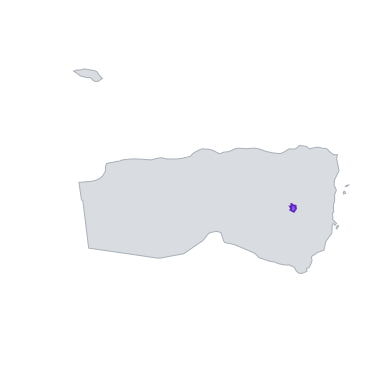 Jihanah, Sana'a, Yemen shown in context, rotated 198°
{"feature_id": "15242507B2838826249504", "entity_name": "Jihanah", "entity_type": "district", "adm_level": 2, "iso_a3": "YEM", "parent_name": "Yemen", "parent_adm1": "Sana'a", "projection": "orthographic", "projection_center": [44.505, 15.192], "detail": "fine", "context": "in_parent", "style": "filled", "palette": "violet", "viewbox_px": 384, "rotation_deg": 198, "n_neighbors": 0, "source": "geoboundaries", "source_scale": "gbopen_adm2", "svg_char_len": 3692}
<svg xmlns="http://www.w3.org/2000/svg" viewBox="0 0 384 384"><g transform="rotate(198 192 192)"><path d="M302.5,166.2L290.3,171.3L287.1,173.5L284.2,176.1L282.1,179.3L280.8,184.9L282.2,189.9L282.1,192.7L279.0,194.6L276.0,196.0L272.8,198.1L270.8,198.6L269.2,200.2L267.3,201.4L260.4,204.5L252.9,206.9L240.8,209.9L236.2,212.9L232.0,215.0L225.5,215.8L216.7,218.7L211.8,221.0L205.7,224.7L204.4,225.8L203.3,228.5L201.5,230.8L197.8,234.6L195.1,236.5L193.2,236.7L189.6,237.8L185.3,238.1L178.1,236.9L176.3,237.8L174.8,239.3L169.3,241.9L163.7,247.1L159.5,248.5L152.9,250.2L148.2,252.3L145.1,253.2L141.0,253.7L133.5,253.5L126.4,254.3L119.8,255.8L116.7,258.6L113.2,262.9L107.4,264.7L106.0,266.2L104.3,269.4L100.5,270.2L97.1,270.7L93.7,269.4L87.1,273.2L84.6,273.8L80.9,274.0L78.2,274.8L76.3,274.5L73.9,273.0L68.9,271.2L65.2,272.4L64.9,268.7L58.8,257.7L60.1,248.0L60.1,246.7L58.9,242.4L55.3,238.4L55.5,233.4L54.3,229.9L53.3,226.2L53.6,225.2L53.7,224.4L51.9,218.7L51.3,217.6L51.1,216.4L51.7,215.5L51.7,214.4L50.7,212.7L49.7,209.4L44.8,206.8L45.8,204.4L46.7,205.2L48.0,205.9L48.3,204.4L48.3,203.2L46.3,195.9L49.5,186.1L48.5,177.4L53.2,173.9L54.4,172.8L55.0,171.9L56.2,169.9L57.6,169.2L58.2,167.1L58.1,166.1L57.2,165.2L56.5,162.7L56.8,159.6L57.0,158.3L57.5,155.9L59.1,155.0L59.5,154.3L58.3,152.8L58.4,151.9L61.2,149.4L62.3,148.7L64.0,147.9L65.4,147.9L67.0,148.4L68.4,149.1L69.8,150.4L71.3,151.8L73.5,152.4L75.1,152.2L76.3,152.9L77.4,152.5L78.6,151.8L80.5,151.8L82.2,151.0L87.1,150.6L91.8,150.9L96.8,150.1L101.7,150.2L106.7,150.2L107.8,150.3L108.9,150.8L113.1,153.0L116.2,153.4L122.6,154.0L129.5,154.6L135.4,155.1L140.4,154.6L144.5,154.1L145.6,154.2L146.9,155.5L149.5,158.9L151.9,162.2L156.0,162.3L158.7,161.0L161.6,159.3L163.3,157.9L165.3,152.6L166.6,149.2L169.6,145.3L172.1,142.1L175.4,137.8L177.2,135.4L180.8,130.7L184.3,128.8L191.0,125.2L197.6,121.6L201.8,119.3L205.5,118.2L211.6,117.2L218.8,116.0L226.0,114.8L233.7,113.5L242.2,112.0L248.1,111.0L255.5,109.7L261.7,108.6L267.2,107.7L272.9,106.7L274.1,109.2L275.3,111.7L276.4,114.3L277.6,116.8L278.8,119.3L280.0,121.9L281.2,124.4L282.4,127.0L283.5,129.5L284.7,132.0L285.9,134.6L287.1,137.1L288.3,139.6L289.5,142.2L290.7,144.7L291.9,147.3L293.0,149.7L294.8,150.5L295.9,152.8L297.6,156.2L299.2,159.5L300.8,162.9L302.5,166.2ZM323.3,269.1L324.8,269.3L327.1,268.3L333.8,267.9L341.9,270.4L340.4,271.3L339.6,272.3L336.1,273.4L332.6,275.8L322.4,277.3L319.4,276.9L316.9,274.8L312.2,272.2L314.0,270.4L314.3,269.6L315.0,268.7L317.5,267.3L320.1,267.4L323.3,269.1ZM47.7,239.4L47.4,239.9L47.0,239.8L45.4,238.4L47.1,236.9L48.0,238.3L47.7,239.4ZM43.1,204.9L42.3,205.5L42.1,204.5L42.6,202.2L43.4,201.6L44.0,203.3L43.6,204.2L43.1,204.9ZM46.9,246.3L45.2,247.1L46.4,245.0L47.6,244.6L47.9,244.7L46.9,246.3Z" fill="#d9dde1" stroke="#a8b0b8" stroke-width="1"/><path d="M93.9,211.4L93.6,210.8L93.6,210.7L93.6,210.2L93.4,209.8L93.1,209.3L92.9,209.2L92.7,208.9L93.5,208.7L94.6,208.5L94.5,208.4L94.1,208.1L93.7,207.9L93.3,207.7L93.0,207.6L92.9,207.4L92.6,207.2L92.5,206.8L92.4,206.8L92.5,206.5L92.8,206.4L93.0,206.2L93.1,205.9L93.1,205.7L92.9,205.6L93.0,205.3L92.8,205.3L92.5,205.2L92.3,205.1L92.1,205.0L91.8,205.0L91.4,205.0L91.1,204.9L90.8,204.9L90.5,204.8L90.2,204.8L90.0,204.7L89.6,204.6L89.0,204.5L88.9,204.7L88.8,204.9L88.7,205.0L88.6,205.3L88.7,205.5L88.6,205.8L88.6,206.1L88.4,206.6L88.4,206.8L88.0,207.2L88.0,207.5L87.9,208.2L87.9,208.3L87.9,208.6L88.1,209.1L88.3,209.1L88.5,209.1L88.9,209.1L88.9,209.4L88.9,209.6L88.9,209.8L88.9,210.0L89.0,210.1L89.0,210.3L89.1,210.2L89.4,210.3L89.7,210.8L89.8,210.9L89.9,211.1L90.3,211.0L90.9,210.5L91.0,210.6L91.5,210.7L91.8,210.8L92.1,210.9L92.2,211.0L93.5,211.5L93.9,211.4Z" fill="#8b5cf6" stroke="#5b21b6" stroke-width="1.5"/></g></svg>